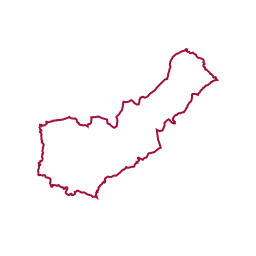 outline of Sozoranga, Loja, Ecuador, rotated 251°
{"feature_id": "8360857B65989855164186", "entity_name": "Sozoranga", "entity_type": "district", "adm_level": 2, "iso_a3": "ECU", "parent_name": "Ecuador", "parent_adm1": "Loja", "projection": "orthographic", "projection_center": [-79.77, -4.3], "detail": "fine", "context": "isolated", "style": "outline", "palette": "rose", "viewbox_px": 256, "rotation_deg": 251, "n_neighbors": 0, "source": "geoboundaries", "source_scale": "gbopen_adm2", "svg_char_len": 5773}
<svg xmlns="http://www.w3.org/2000/svg" viewBox="0 0 256 256"><g transform="rotate(251 128 128)"><path d="M159.2,46.8L159.6,45.9L158.8,45.7L157.6,44.6L155.3,44.6L153.9,45.4L153.7,45.3L153.4,43.7L152.8,43.4L151.8,44.0L150.8,43.9L150.0,44.2L149.6,44.1L149.0,43.4L147.8,43.3L145.8,42.5L144.6,42.4L143.7,42.8L143.6,42.7L143.2,42.0L142.7,41.8L140.1,42.9L139.2,42.7L136.9,40.9L135.7,40.6L134.3,39.7L133.5,39.5L132.4,39.7L131.8,39.6L131.2,38.4L130.4,38.5L129.3,37.4L128.5,37.2L127.3,37.4L125.8,36.7L125.3,36.2L125.0,35.7L125.4,34.4L124.5,33.8L124.2,33.5L124.0,32.3L123.8,32.0L123.5,32.0L123.3,32.4L122.8,32.8L121.8,33.1L121.5,32.5L121.6,31.5L121.5,31.4L120.6,31.4L119.8,31.2L117.1,29.1L114.4,28.6L113.3,28.1L112.5,28.1L112.1,30.1L110.8,31.7L110.8,33.4L110.6,33.8L110.2,34.1L109.3,34.0L108.1,34.4L107.4,35.3L107.2,36.2L106.2,36.9L105.8,37.7L105.4,38.2L105.1,38.2L102.4,37.2L101.6,36.3L101.2,36.2L97.4,36.5L97.2,37.1L97.3,37.6L97.9,37.9L98.7,38.0L98.7,38.5L97.2,41.2L96.4,42.1L96.7,43.0L96.7,43.7L96.2,44.1L95.3,44.2L94.5,45.1L93.7,45.6L92.8,47.6L91.6,47.3L91.2,47.5L91.1,48.5L92.0,49.6L92.1,50.1L91.9,50.8L91.6,51.1L90.9,51.2L90.4,51.0L88.5,49.1L88.0,48.4L86.9,48.0L86.0,48.2L84.3,49.6L83.8,50.4L84.3,51.8L84.4,52.8L84.2,53.1L83.1,52.9L82.9,53.1L82.6,54.2L82.7,56.0L83.1,56.5L83.4,56.7L84.8,56.8L84.6,57.8L85.3,59.3L84.9,60.5L82.2,62.9L81.8,63.6L81.7,65.0L80.6,66.4L78.8,67.5L76.1,71.4L74.3,72.3L74.0,74.0L73.2,75.4L72.3,76.0L73.7,76.1L75.0,75.8L75.8,76.4L77.2,76.9L77.4,77.4L77.2,78.1L77.4,78.5L77.7,78.5L78.3,78.0L78.7,78.0L79.0,78.4L78.9,79.3L79.3,80.0L79.7,80.3L80.6,80.4L81.4,80.8L81.6,81.3L81.7,82.1L82.7,82.8L83.4,84.9L84.5,86.2L84.6,86.6L84.0,87.8L84.1,88.1L85.0,87.7L85.3,88.1L84.8,88.5L84.8,88.9L85.8,89.4L86.6,89.4L87.3,89.9L87.7,89.9L88.2,91.2L88.6,93.1L87.9,94.2L87.1,96.6L87.5,98.1L87.5,99.1L87.6,99.6L86.9,100.7L86.9,101.9L88.5,106.1L89.2,107.4L90.1,109.4L90.2,110.2L90.0,110.8L90.4,111.4L90.4,112.3L91.0,112.7L91.7,113.6L90.5,114.6L90.2,116.2L90.0,119.5L89.4,121.0L89.8,121.6L91.5,122.6L91.6,123.3L92.2,124.4L92.6,124.7L92.4,125.0L92.8,125.1L92.3,125.6L93.1,125.8L93.0,126.4L93.7,127.8L94.6,128.0L96.1,127.4L96.6,127.7L96.5,128.4L94.7,129.9L93.1,131.7L94.0,132.8L94.3,134.8L94.1,135.6L94.4,136.3L96.9,138.6L97.3,140.0L96.8,141.6L96.9,142.3L96.6,144.9L98.5,150.2L98.7,152.5L105.8,152.8L107.0,152.6L116.9,154.6L116.4,155.0L114.7,156.9L114.5,160.0L115.0,160.2L115.9,161.3L116.4,161.4L117.5,162.4L117.6,162.8L117.9,163.2L121.0,164.2L122.3,166.8L123.0,169.2L122.0,170.0L120.5,170.4L118.8,171.3L118.2,171.9L118.0,172.4L117.3,172.9L117.2,173.8L117.8,173.7L118.4,174.3L118.6,174.4L120.1,173.3L121.3,173.0L122.4,173.6L122.6,174.1L123.6,174.9L124.7,177.0L124.7,177.4L124.4,178.2L124.5,178.5L125.0,178.9L125.1,179.8L125.5,180.9L125.4,181.3L125.0,181.8L124.8,182.2L125.1,183.0L124.9,183.7L125.1,184.6L124.7,185.9L125.3,186.3L125.3,186.8L126.8,188.7L128.0,189.7L128.5,190.9L129.4,191.2L129.8,191.5L132.3,194.9L132.8,196.4L133.2,196.8L136.1,198.5L138.7,199.4L139.1,199.7L139.2,200.1L138.1,203.2L136.5,204.9L137.4,205.6L138.0,206.4L138.3,207.4L139.0,208.3L139.8,209.0L140.5,211.0L141.5,211.9L141.6,212.5L141.4,213.2L142.8,215.2L142.6,215.9L142.6,217.4L143.3,219.0L143.3,219.6L143.6,220.4L144.3,221.3L144.2,221.8L144.5,222.2L144.4,222.7L144.7,223.4L144.9,226.3L144.5,227.3L144.4,227.9L145.3,227.3L147.6,227.3L147.6,225.7L147.9,225.3L148.5,225.1L149.2,225.5L150.5,225.0L151.0,224.9L152.0,224.1L152.1,223.6L152.4,223.3L153.7,223.3L157.4,221.3L157.7,221.0L157.9,220.2L158.2,220.0L160.2,220.6L161.1,219.5L161.9,219.4L163.2,219.9L163.4,221.1L163.8,221.3L164.3,221.3L165.6,220.5L166.4,221.3L167.1,221.6L167.6,221.6L168.5,221.3L169.9,219.9L170.3,219.1L170.8,218.7L171.3,217.6L171.7,217.1L173.0,216.3L175.1,216.1L176.1,215.1L176.6,215.0L177.0,214.4L178.0,214.1L178.2,213.6L178.1,212.2L178.5,211.1L180.2,210.5L180.5,209.3L181.8,208.4L182.4,209.2L183.0,209.5L183.7,208.6L182.7,206.8L183.0,204.2L182.5,201.5L182.1,200.0L182.3,198.3L182.2,197.5L181.4,195.8L180.9,194.2L180.5,193.3L179.4,192.4L177.9,190.5L177.1,190.0L176.6,189.3L176.0,189.2L174.4,188.2L172.5,188.1L171.7,187.9L169.5,185.9L168.6,185.7L166.9,184.2L163.8,182.6L162.7,181.5L161.6,181.1L161.5,180.8L161.9,178.9L157.5,169.7L156.3,167.5L155.5,166.6L154.7,165.2L153.4,160.3L152.8,159.0L151.8,157.6L151.3,155.7L151.2,153.7L151.6,153.2L152.6,152.4L152.9,151.3L152.5,150.7L152.6,149.7L152.3,149.3L151.3,148.7L150.9,148.0L148.8,147.2L147.7,146.3L146.8,145.8L147.3,144.1L147.8,143.6L148.6,143.1L149.4,142.2L150.4,141.9L152.6,140.8L153.3,140.0L153.3,139.4L152.7,137.6L152.7,136.4L153.1,134.3L154.3,132.4L152.8,131.4L151.1,130.7L146.8,128.1L146.2,127.2L145.7,126.1L144.6,125.0L144.2,124.3L143.7,123.9L143.6,123.2L143.2,122.7L142.4,120.7L142.0,120.5L140.7,120.7L139.3,120.6L138.1,120.3L137.3,120.0L136.6,119.4L134.1,118.3L133.1,117.7L133.2,116.6L132.7,115.4L132.7,115.1L133.1,114.5L136.1,112.5L137.6,111.9L138.6,110.5L139.3,110.1L142.7,111.0L144.2,109.1L144.9,107.8L147.5,104.8L148.4,104.0L149.0,100.5L150.1,96.8L147.8,96.2L146.6,95.4L145.1,94.9L144.3,93.6L144.4,92.6L144.3,92.4L144.6,92.0L144.6,91.7L143.5,90.7L142.6,90.4L143.9,89.6L144.7,88.3L144.8,88.0L144.8,87.3L145.2,86.1L145.5,85.6L146.0,85.4L146.3,84.1L146.8,83.4L147.1,83.2L148.1,83.3L148.3,82.8L149.0,82.7L149.3,82.4L149.8,82.3L150.5,81.7L152.4,82.2L153.4,81.7L153.7,81.4L154.1,81.4L154.3,80.3L155.5,77.8L156.7,76.5L157.7,76.0L157.2,74.6L157.3,73.2L157.1,71.9L157.4,71.1L157.1,69.6L157.6,67.2L157.8,65.5L158.2,65.0L158.4,64.2L158.5,63.8L158.2,63.2L158.6,62.5L159.0,60.6L159.4,59.8L159.4,59.6L159.0,59.3L159.2,59.0L159.0,57.7L159.3,57.4L159.2,56.7L159.3,56.1L159.2,55.3L159.3,54.6L161.0,52.3L159.8,52.9L158.7,52.7L158.4,52.3L158.2,51.2L157.6,50.1L157.6,49.9L157.9,49.3L158.0,48.0L158.9,47.5L159.0,47.4L158.5,46.9L159.2,46.8Z" fill="none" stroke="#9f1239" stroke-width="2"/></g></svg>